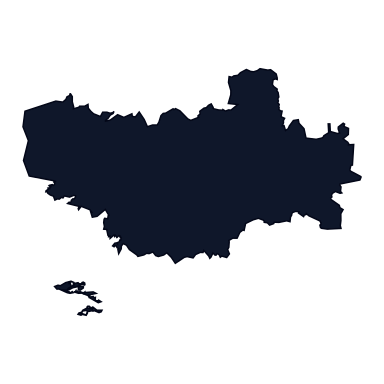 Athenry-Oranmore Lea-7, Galway, Ireland (Albers equal-area conic projection)
{"feature_id": "5873133B98830441057243", "entity_name": "Athenry-Oranmore Lea-7", "entity_type": "district", "adm_level": 2, "iso_a3": "IRL", "parent_name": "Ireland", "parent_adm1": "Galway", "projection": "albers", "projection_center": [-8.887, 53.319], "detail": "fine", "context": "isolated", "style": "filled", "palette": "ink", "viewbox_px": 384, "rotation_deg": 0, "n_neighbors": 0, "source": "geoboundaries", "source_scale": "gbopen_adm2", "svg_char_len": 5875}
<svg xmlns="http://www.w3.org/2000/svg" viewBox="0 0 384 384"><path d="M25.0,111.2L23.0,126.8L28.4,140.6L23.5,160.5L29.2,176.0L54.7,180.9L55.3,181.4L53.9,182.1L54.8,183.3L54.5,184.4L53.3,185.4L52.3,184.6L50.7,185.0L51.7,185.5L51.0,186.1L50.2,185.2L49.1,185.7L50.7,187.0L50.0,188.5L48.5,187.3L49.0,188.0L48.6,188.9L48.1,188.6L48.3,189.3L46.1,190.7L45.9,191.6L46.6,191.3L47.9,193.3L50.3,195.0L53.5,196.2L54.9,200.1L57.3,198.9L59.4,199.1L61.3,197.4L63.0,197.9L64.3,195.9L69.6,197.1L73.6,195.4L75.6,195.8L75.5,197.2L74.1,199.0L72.9,198.8L71.3,200.3L71.3,201.4L70.4,202.4L69.1,202.2L67.6,203.5L79.2,206.4L78.2,208.6L78.6,209.7L81.2,206.3L90.1,209.8L90.6,211.6L91.2,211.3L92.1,212.5L91.0,212.9L92.3,217.2L97.1,216.3L105.3,209.4L108.8,215.3L108.2,215.6L107.7,218.8L104.7,218.3L104.1,219.3L103.7,222.6L104.4,226.4L103.7,229.2L106.7,229.4L108.0,235.5L108.8,235.8L108.7,236.6L110.0,236.1L110.1,238.4L113.8,235.1L114.5,235.1L114.6,236.2L115.3,235.3L116.9,237.5L119.0,235.5L120.2,236.2L119.8,236.5L120.3,237.7L121.2,237.9L120.7,240.1L119.8,240.0L119.2,241.9L117.4,242.6L117.5,244.0L116.5,242.9L114.8,243.2L112.6,245.9L114.1,246.8L114.8,246.1L114.4,245.2L116.1,245.8L117.2,247.8L118.8,248.8L117.9,249.5L118.7,253.6L121.2,248.9L121.4,246.0L123.2,243.6L126.5,245.2L129.4,249.6L136.8,254.9L137.9,256.4L143.9,254.9L146.5,253.3L149.1,253.6L152.9,252.0L155.7,255.6L158.3,256.5L163.7,255.0L166.8,252.8L171.3,257.3L175.3,263.3L184.3,257.3L187.1,256.6L193.1,257.9L195.6,254.5L200.3,252.4L203.0,252.5L203.8,250.4L208.8,256.1L209.8,258.3L211.0,257.1L212.9,253.0L215.0,255.1L216.1,255.1L217.2,253.6L219.1,254.6L220.3,257.2L221.8,256.1L226.7,257.5L229.4,253.9L227.6,249.5L228.8,247.4L229.2,241.8L228.8,240.5L232.7,238.2L237.1,238.2L239.8,232.4L242.9,230.0L244.1,230.4L245.6,223.5L253.2,219.8L258.4,218.3L263.3,220.1L264.2,221.1L264.2,222.3L267.4,222.8L269.6,225.1L273.7,223.6L274.2,222.2L278.9,222.4L286.7,220.8L290.0,221.7L290.5,217.1L291.6,215.3L291.9,213.5L292.6,212.5L295.6,211.4L299.0,211.7L298.5,213.0L303.6,216.6L304.2,215.1L306.0,214.5L306.3,213.6L308.9,215.8L319.9,220.9L321.0,223.1L320.7,224.9L319.9,225.1L320.5,227.6L321.5,228.3L327.3,229.1L341.0,228.4L340.3,225.6L340.9,220.6L340.8,213.7L343.1,209.6L339.9,207.7L339.3,205.3L330.9,199.4L330.7,197.8L331.9,197.0L331.5,195.3L332.3,193.4L335.4,191.5L340.1,193.3L341.8,192.9L340.5,191.4L341.0,186.9L339.7,185.0L340.0,184.0L359.9,180.0L361.0,177.3L360.9,176.6L350.5,171.1L349.8,169.8L350.9,165.3L352.4,165.1L353.7,144.5L348.5,144.8L348.8,144.0L347.8,142.3L343.0,138.8L348.3,134.5L348.5,128.4L343.9,126.4L344.6,124.1L343.2,123.2L338.3,127.0L338.2,129.0L339.6,133.0L337.4,133.5L330.3,131.5L329.9,123.9L328.2,123.9L328.7,132.7L323.9,135.7L323.1,137.3L321.6,138.1L316.2,139.3L306.0,138.1L304.0,128.7L299.0,123.3L298.3,119.7L293.4,120.5L289.4,125.9L288.1,128.8L285.5,130.5L284.0,125.6L282.3,125.8L283.5,122.8L283.4,120.6L284.6,118.3L281.0,116.7L282.1,111.1L280.4,110.8L278.7,109.3L279.2,107.8L278.7,106.7L279.2,104.4L277.7,102.7L278.4,101.0L277.8,98.8L278.8,97.0L278.1,92.5L276.9,90.8L277.2,89.1L273.7,86.5L272.4,84.5L273.1,79.7L275.5,78.9L277.2,79.5L277.2,78.0L276.2,74.0L270.6,69.7L267.8,70.1L260.0,68.7L257.4,70.6L253.6,71.8L250.5,71.4L246.4,69.5L240.4,72.7L237.9,75.3L233.8,75.9L232.0,77.2L229.1,76.6L228.5,82.4L230.9,90.7L230.8,94.8L228.3,103.5L237.8,104.5L231.0,110.1L228.5,109.9L225.5,111.1L222.8,109.5L222.5,110.2L218.8,110.0L213.8,108.8L212.9,108.2L213.2,107.5L211.2,103.9L208.5,105.3L206.3,107.7L204.0,108.1L199.8,111.3L200.2,113.8L197.9,116.0L198.7,117.3L190.8,120.4L187.8,118.9L179.9,110.8L175.5,108.6L174.0,109.6L173.1,108.8L165.6,113.2L163.2,113.4L161.0,115.6L158.9,122.2L157.2,125.0L152.6,125.0L147.4,126.7L144.2,119.5L139.2,112.0L135.4,116.9L132.3,116.4L131.9,113.8L123.9,117.4L117.6,114.7L110.2,120.1L105.5,121.2L105.5,120.3L108.0,118.4L110.3,115.1L113.1,113.5L114.0,111.4L112.7,112.7L110.0,113.2L106.9,112.2L102.7,112.2L100.4,116.5L93.6,113.8L91.0,111.5L88.3,108.2L88.0,104.4L84.7,106.2L79.6,106.2L78.8,107.3L73.4,108.8L73.7,107.0L72.3,101.8L72.3,96.6L70.5,93.8L70.0,93.9L69.7,95.5L67.0,96.8L65.9,99.4L62.8,102.1L55.8,101.1L25.0,111.2ZM65.7,282.6L60.4,285.7L58.0,285.2L54.6,286.5L56.9,289.1L59.0,289.0L67.2,292.7L70.0,293.3L73.1,292.7L72.3,291.6L70.1,292.9L69.1,291.7L67.7,291.6L68.1,291.1L67.4,290.6L65.1,291.3L65.2,290.4L64.7,291.2L63.9,290.2L63.2,290.5L62.5,290.0L67.2,290.3L68.4,288.1L69.4,288.1L69.5,287.7L70.4,287.3L70.6,286.6L71.3,286.2L70.4,283.8L69.2,283.6L70.1,282.9L68.6,282.2L70.8,281.5L74.5,282.7L71.0,281.2L65.7,282.6ZM93.2,309.1L87.2,308.2L87.5,306.8L88.3,306.4L90.5,307.5L89.4,306.3L87.8,306.2L87.2,306.7L86.9,308.1L82.7,310.3L81.7,312.2L78.9,313.0L78.0,314.3L81.0,315.2L82.3,314.4L86.2,315.3L87.4,313.2L87.2,312.2L86.1,315.0L82.2,313.6L82.2,314.2L81.4,314.7L79.9,314.6L81.9,314.2L81.1,312.8L82.0,312.3L82.6,311.0L86.5,310.4L87.3,311.5L88.6,311.5L91.5,310.8L93.0,311.1L94.4,310.7L99.0,312.6L101.2,311.8L102.0,310.2L96.9,310.2L92.8,307.0L90.8,308.1L92.5,307.9L95.9,309.6L96.5,310.7L94.3,310.5L93.0,310.9L92.6,310.5L93.2,309.1ZM93.2,291.9L85.4,292.5L84.2,293.3L84.6,292.1L83.2,292.9L80.0,291.6L78.7,292.1L77.3,291.2L76.3,291.6L76.0,290.6L75.4,291.6L73.9,291.9L78.5,293.3L81.7,293.1L87.4,295.3L96.1,293.4L93.2,291.9ZM72.7,287.8L77.0,286.8L76.2,286.5L79.3,285.8L79.7,285.4L78.9,285.7L79.1,285.1L80.2,284.8L79.0,284.2L79.3,284.2L80.0,283.8L78.3,283.4L78.6,283.3L78.1,282.7L73.5,283.6L73.7,284.2L73.1,285.0L75.2,284.5L73.3,285.2L73.3,285.9L71.0,286.4L70.6,287.4L68.0,289.1L69.1,289.7L72.7,287.8ZM98.3,302.7L101.1,301.7L98.6,300.1L98.1,300.8L96.0,300.7L95.2,299.7L95.4,297.4L94.0,297.8L93.2,296.4L89.5,297.3L89.8,296.1L88.3,295.9L89.2,297.5L98.3,302.7ZM78.4,287.0L78.4,290.0L80.3,290.1L83.3,288.0L83.4,286.8L80.2,286.2L78.4,287.0ZM84.2,285.1L84.9,284.7L84.7,283.0L83.2,282.1L81.5,282.8L83.5,282.7L81.9,283.3L83.0,283.7L80.7,284.5L83.7,284.7L83.9,283.9L84.2,285.1Z" fill="#0f172a" stroke="#020617" stroke-width="1.5"/></svg>